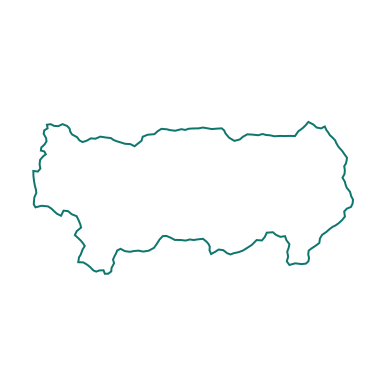 outline of São José do Divino, Minas Gerais, Brazil, rotated 82°
{"feature_id": "56859067B84823872884443", "entity_name": "São José do Divino", "entity_type": "district", "adm_level": 2, "iso_a3": "BRA", "parent_name": "Brazil", "parent_adm1": "Minas Gerais", "projection": "natural_earth1", "projection_center": [-41.373, -18.4], "detail": "fine", "context": "isolated", "style": "outline", "palette": "teal", "viewbox_px": 384, "rotation_deg": 82, "n_neighbors": 0, "source": "geoboundaries", "source_scale": "gbopen_adm2", "svg_char_len": 2855}
<svg xmlns="http://www.w3.org/2000/svg" viewBox="0 0 384 384"><g transform="rotate(82 192 192)"><path d="M203.1,39.2L198.8,41.0L195.3,38.4L191.5,37.6L187.7,37.7L185.3,35.7L182.4,34.5L179.5,33.8L176.4,35.5L172.2,37.6L167.6,40.7L163.7,42.3L160.7,43.1L157.9,45.1L155.0,47.5L152.1,48.8L149.3,50.3L145.6,51.4L147.0,55.3L145.5,59.6L142.1,62.4L138.8,67.0L142.0,70.5L144.4,73.9L146.7,78.3L150.9,82.2L150.0,87.8L149.5,92.4L148.7,97.1L148.3,102.5L146.7,106.9L145.8,110.8L144.4,114.0L145.0,118.6L143.6,124.0L142.6,129.2L144.4,133.9L146.6,137.3L147.3,142.9L143.4,147.7L138.8,150.6L135.5,151.6L133.1,153.7L132.7,158.7L132.4,163.7L131.0,168.1L129.7,172.2L129.9,176.9L129.2,182.2L128.9,186.5L129.6,190.0L128.3,193.8L129.0,200.2L127.7,204.9L126.4,208.2L125.2,213.5L127.1,217.7L129.5,221.2L129.1,227.9L130.4,233.1L134.3,234.9L136.2,238.3L138.7,242.5L136.0,246.4L134.9,251.7L133.2,255.2L131.4,259.2L129.6,262.4L127.3,264.8L126.1,269.5L124.4,275.1L125.8,280.2L124.8,284.7L126.6,289.3L127.3,293.4L125.3,296.2L121.7,298.2L118.3,302.8L115.2,304.2L112.2,304.4L109.3,306.4L106.8,310.7L108.2,315.3L107.3,319.5L105.2,322.4L105.2,326.3L108.8,326.1L110.4,329.7L113.7,330.8L118.3,329.0L121.5,329.0L124.3,331.3L126.9,335.0L129.9,335.9L131.3,332.6L134.3,331.5L135.9,334.4L139.0,337.9L143.4,339.1L147.7,338.9L150.3,341.8L149.1,346.2L154.1,346.8L159.6,346.9L164.3,346.7L168.1,346.2L171.3,346.3L175.2,348.8L179.2,349.8L182.3,350.4L185.4,349.1L184.7,343.0L186.2,336.6L189.0,333.4L191.5,331.5L194.8,328.7L197.3,325.0L192.6,321.8L193.7,317.4L197.3,314.2L199.9,309.6L204.6,308.1L208.5,307.1L211.8,306.8L214.7,311.6L218.4,314.0L221.7,311.2L224.8,308.8L227.7,307.0L230.5,305.7L233.8,308.4L238.5,310.9L241.0,313.0L245.7,314.4L246.6,309.4L249.6,305.7L252.8,302.8L255.8,300.7L257.5,298.0L256.8,294.7L257.2,290.5L260.8,289.7L261.3,286.4L259.4,283.0L256.1,282.3L251.7,279.1L247.9,279.6L245.0,277.8L242.3,275.8L239.6,274.3L238.3,270.7L241.2,266.7L242.6,261.8L242.4,257.6L242.6,253.3L244.2,248.5L244.1,243.0L242.0,237.4L238.6,234.2L234.6,230.8L231.6,227.1L232.0,223.3L234.5,219.2L237.1,215.6L237.9,210.1L239.2,205.1L238.7,200.8L239.8,196.9L239.7,192.9L239.9,187.6L243.3,184.5L245.9,182.8L248.7,182.0L252.2,182.8L256.1,181.7L254.3,177.0L252.7,173.7L253.9,169.2L257.5,165.7L259.2,162.6L258.4,159.2L258.1,154.4L257.1,149.8L255.1,145.3L252.7,140.1L248.6,134.7L249.7,129.5L246.7,126.2L242.7,123.6L243.1,117.5L246.2,114.7L248.7,110.8L248.7,106.0L252.8,105.2L257.3,102.8L260.8,104.1L264.4,106.0L269.5,105.8L273.9,107.8L277.8,105.7L277.0,99.7L278.6,93.7L278.8,89.2L276.9,86.4L273.6,85.3L270.0,85.6L266.3,84.6L264.6,81.7L262.6,77.4L260.2,73.0L255.9,71.8L252.5,69.1L250.3,64.6L248.0,61.1L246.2,57.9L245.1,54.6L243.4,51.2L240.9,47.5L237.6,44.0L232.5,44.0L230.0,41.0L229.0,36.8L226.1,34.7L222.0,33.6L218.5,34.9L213.8,35.5L209.3,38.2L206.0,38.9L203.1,39.2Z" fill="none" stroke="#0f766e" stroke-width="2"/></g></svg>